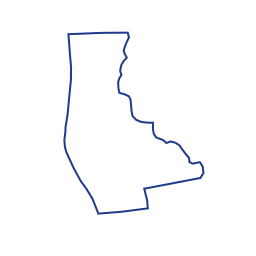 Embakasi Central, Nairobi, Kenya, rotated 288°
{"feature_id": "3690345B7468433818255", "entity_name": "Embakasi Central", "entity_type": "district", "adm_level": 2, "iso_a3": "KEN", "parent_name": "Kenya", "parent_adm1": "Nairobi", "projection": "orthographic", "projection_center": [36.92, -1.27], "detail": "fine", "context": "isolated", "style": "outline", "palette": "blue", "viewbox_px": 256, "rotation_deg": 288, "n_neighbors": 0, "source": "geoboundaries", "source_scale": "gbopen_adm2", "svg_char_len": 951}
<svg xmlns="http://www.w3.org/2000/svg" viewBox="0 0 256 256"><g transform="rotate(288 128 128)"><path d="M210.4,73.7L198.8,42.3L192.7,44.9L185.0,48.0L167.9,55.2L164.6,56.2L156.3,58.8L139.0,62.6L122.5,66.3L109.7,68.3L105.1,69.6L96.6,71.3L90.2,74.0L85.8,77.0L73.2,88.6L62.9,99.5L57.5,107.0L49.8,116.0L37.4,126.3L46.6,148.3L57.7,171.7L65.0,168.6L75.3,162.2L102.8,212.2L108.5,213.7L114.5,210.9L117.7,206.9L115.9,203.6L114.1,200.6L114.6,196.9L118.3,195.4L121.3,190.6L124.9,185.5L127.4,182.2L128.6,177.8L128.4,172.8L125.6,169.1L127.4,165.0L127.7,157.8L130.3,154.4L134.8,152.0L140.7,150.1L139.5,146.2L138.3,141.4L137.9,137.7L138.3,133.3L140.7,128.7L146.1,125.7L150.6,123.9L155.8,121.6L158.4,119.1L159.0,114.2L158.8,108.9L162.7,106.7L168.5,104.5L172.8,104.4L176.2,105.4L180.1,102.8L185.8,102.2L190.3,103.2L194.5,105.1L197.4,102.0L200.3,100.0L204.7,99.9L208.9,100.2L214.4,100.9L218.6,98.3L210.4,73.7Z" fill="none" stroke="#1e3a8a" stroke-width="2"/></g></svg>